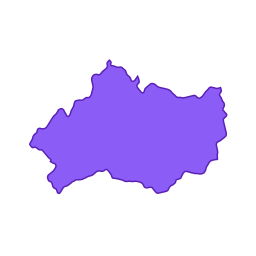 outline of Bonao, Monseñor Nouel, Dominican Republic, rotated 257°
{"feature_id": "3306468B55753848240652", "entity_name": "Bonao", "entity_type": "district", "adm_level": 2, "iso_a3": "DOM", "parent_name": "Dominican Republic", "parent_adm1": "Monseñor Nouel", "projection": "orthographic", "projection_center": [-70.443, 18.942], "detail": "fine", "context": "isolated", "style": "filled", "palette": "violet", "viewbox_px": 256, "rotation_deg": 257, "n_neighbors": 0, "source": "geoboundaries", "source_scale": "gbopen_adm2", "svg_char_len": 5798}
<svg xmlns="http://www.w3.org/2000/svg" viewBox="0 0 256 256"><g transform="rotate(257 128 128)"><path d="M89.1,76.1L89.5,77.0L89.7,77.7L89.8,78.9L89.9,81.3L90.1,82.5L90.3,83.2L92.5,87.4L92.8,88.4L92.8,89.5L92.7,90.2L92.5,90.8L91.8,92.3L91.6,93.4L91.6,94.1L91.7,94.8L92.5,96.8L92.6,97.4L92.4,97.9L92.0,98.4L90.1,99.5L88.5,100.1L87.0,100.9L86.0,101.1L83.6,101.4L83.0,101.6L82.5,102.1L82.3,102.6L81.8,104.2L81.0,106.0L80.3,107.6L79.4,109.1L78.7,110.7L77.0,112.7L76.5,113.7L76.2,114.7L75.8,117.6L75.6,118.3L74.9,119.8L74.8,120.5L74.4,123.8L74.1,124.4L72.6,127.5L71.7,128.7L70.5,129.6L69.5,130.1L67.4,130.5L66.8,130.8L66.3,131.2L65.7,132.0L65.5,132.8L65.4,133.5L65.3,136.2L65.2,136.9L64.9,137.5L64.5,138.0L62.8,138.9L60.6,139.9L59.0,140.8L58.2,141.4L57.9,142.0L57.7,143.1L57.7,144.3L57.7,150.4L57.8,151.5L58.1,152.5L58.5,153.1L59.5,153.8L60.3,154.5L61.1,155.3L61.6,155.9L62.1,156.8L62.6,159.0L62.8,159.6L64.1,161.8L64.6,162.2L66.1,162.8L66.6,163.3L66.8,164.3L67.0,167.2L67.2,167.9L67.4,168.2L67.9,168.6L69.6,169.9L71.1,171.2L72.1,172.4L72.7,173.4L72.8,174.1L72.8,174.4L72.6,175.1L71.3,177.8L70.2,179.5L69.7,180.8L68.9,182.3L68.6,182.9L68.0,185.4L67.2,187.2L67.0,187.9L66.9,188.6L66.8,189.7L66.9,190.4L67.0,191.2L67.3,191.9L67.8,192.5L68.3,193.1L69.1,193.8L69.7,194.3L71.7,195.2L72.9,196.2L76.0,199.2L76.7,200.0L77.1,200.7L77.5,201.7L77.6,203.2L77.6,205.9L77.5,207.0L77.3,208.0L78.8,208.4L81.7,208.9L83.8,209.8L84.6,210.0L86.2,210.1L91.2,210.2L92.3,210.4L93.0,210.7L93.8,211.4L94.1,211.9L94.3,212.6L94.7,214.3L94.9,215.0L95.6,216.5L96.2,217.8L97.7,220.8L98.1,221.4L98.6,221.8L99.2,222.2L100.3,222.5L101.5,222.6L112.5,222.5L113.7,222.6L114.4,222.7L115.1,222.9L115.6,223.4L117.5,226.5L118.0,226.9L118.6,227.1L119.2,227.1L119.8,227.0L120.3,226.7L121.1,226.0L122.7,225.4L123.5,224.8L124.0,224.6L124.6,224.6L125.3,224.8L125.8,225.2L127.2,226.3L127.8,226.7L128.5,227.0L129.6,227.2L130.7,227.1L131.3,226.9L133.2,226.1L136.3,225.6L137.1,225.4L138.5,224.8L139.5,224.6L140.2,224.8L140.7,225.1L141.4,225.7L142.1,226.6L142.3,226.8L142.8,227.1L143.5,227.3L144.5,227.4L146.6,227.2L146.4,225.1L146.5,224.0L146.6,223.3L146.9,222.6L147.7,221.2L148.3,219.9L149.0,218.5L149.2,217.8L149.2,217.5L149.1,216.8L148.6,215.8L147.0,213.8L146.1,212.2L145.7,211.6L144.9,210.7L143.0,208.6L142.2,207.7L141.9,207.0L141.1,205.3L140.9,204.7L140.9,204.4L141.1,203.8L141.5,203.2L142.5,202.2L144.1,201.1L144.5,200.6L144.8,200.0L144.9,199.3L144.9,198.1L144.8,191.2L144.9,188.8L145.2,187.7L146.0,185.9L146.5,183.8L146.9,182.8L147.3,182.3L147.8,181.9L149.6,180.9L152.3,178.9L154.2,178.0L155.1,177.3L156.0,176.5L156.8,175.3L157.4,174.0L158.4,172.2L158.9,170.9L159.7,169.4L160.6,167.5L161.3,166.6L162.1,165.8L163.0,165.1L164.3,164.3L164.7,163.8L165.6,162.4L165.9,161.6L166.0,160.9L166.0,160.5L165.8,159.8L165.1,158.4L164.5,157.1L163.7,155.6L162.9,154.1L162.5,153.6L161.7,152.9L160.3,152.2L159.5,151.6L159.1,151.1L158.9,150.5L159.0,149.9L159.1,149.6L159.5,149.2L161.7,148.0L163.0,147.4L164.8,146.5L165.8,146.2L166.7,146.1L167.3,146.2L168.1,146.7L168.7,147.4L169.3,148.4L169.7,148.9L170.0,149.0L170.6,149.3L171.6,149.4L173.1,149.4L174.6,149.3L176.2,149.0L173.2,145.7L172.6,144.7L172.4,144.1L172.4,143.4L172.5,142.7L172.8,142.2L173.1,142.0L173.7,141.8L175.7,141.6L176.8,141.3L177.7,140.8L179.5,139.5L180.5,139.0L181.2,138.8L183.4,138.6L184.1,138.5L184.8,138.2L185.4,137.8L188.5,135.5L188.8,135.0L189.1,134.4L189.3,132.3L189.6,131.3L190.1,130.3L191.6,128.2L191.9,127.5L192.3,126.1L192.7,125.6L193.2,125.4L193.8,125.4L195.4,126.1L196.3,126.2L197.3,125.8L198.3,125.0L197.5,124.0L196.8,122.9L196.4,122.5L196.1,122.3L195.5,122.1L193.4,121.9L192.4,121.6L191.6,121.0L190.9,120.2L190.2,118.7L189.4,117.2L188.8,115.9L188.4,115.3L187.0,113.6L186.5,112.6L186.4,112.3L186.4,111.6L186.6,110.9L187.2,109.8L187.4,109.2L187.6,108.1L187.5,107.4L187.4,106.7L187.0,106.0L186.6,105.4L185.7,104.6L185.1,104.1L184.5,103.8L183.3,103.5L182.2,103.4L177.4,103.4L176.3,103.3L175.5,103.1L173.7,102.2L172.4,101.7L171.0,100.8L169.0,99.9L167.9,99.0L166.9,97.8L166.6,97.1L166.5,96.5L166.6,95.8L167.0,94.5L167.0,93.9L165.5,90.2L165.4,89.6L165.5,89.0L166.0,87.6L166.2,86.1L166.3,83.9L166.2,83.2L166.0,82.6L165.8,82.3L165.3,81.9L163.4,80.8L161.8,80.1L161.2,79.7L157.5,76.5L156.9,76.1L155.6,75.5L154.7,74.9L153.8,74.1L153.3,73.6L152.9,73.0L152.7,72.4L152.8,71.8L153.0,71.5L153.5,71.1L155.4,70.7L157.5,69.9L159.6,69.5L160.3,69.2L161.1,68.6L161.7,67.9L161.9,67.3L161.9,67.0L161.6,65.4L161.2,64.2L159.6,62.9L158.4,61.7L157.5,60.6L156.6,58.7L155.7,57.6L153.9,55.7L148.2,50.0L147.4,49.2L146.8,48.3L146.4,47.3L146.3,46.6L146.3,45.6L146.4,44.6L146.6,43.9L146.8,43.3L147.5,42.2L147.6,41.6L147.6,40.8L147.4,40.2L147.2,40.0L146.5,39.3L145.0,38.6L144.2,38.0L143.6,37.2L143.0,35.9L142.7,35.3L142.0,34.5L141.3,33.8L140.4,33.2L138.9,32.4L138.3,32.0L137.5,31.3L135.5,29.4L134.6,28.8L134.1,28.6L133.4,28.8L131.2,29.8L130.5,30.4L130.3,30.9L130.2,31.2L130.4,32.6L130.1,33.4L129.7,33.9L129.0,34.7L127.0,36.2L126.7,36.9L126.2,38.6L125.9,39.2L125.1,39.8L121.8,41.5L120.5,42.1L118.8,43.1L117.5,43.6L116.9,44.0L115.4,45.2L114.9,45.5L114.3,45.7L114.0,45.6L113.5,45.4L112.8,44.8L110.9,46.8L110.3,47.7L109.6,48.7L109.4,48.9L108.8,49.2L108.1,49.4L107.4,49.3L106.7,49.1L106.1,48.8L105.3,48.1L103.9,46.7L103.0,45.6L102.4,44.6L101.8,43.3L101.0,41.8L100.2,40.0L99.7,39.4L99.2,39.0L98.6,38.7L97.9,38.5L96.7,38.5L96.0,38.5L95.3,38.6L94.6,38.9L94.3,39.0L93.6,39.7L92.7,40.9L92.2,41.2L91.3,41.5L88.4,41.6L87.3,41.8L86.7,42.1L86.2,42.5L85.8,42.9L85.0,43.9L84.6,44.2L83.6,44.5L81.3,44.7L80.7,44.9L80.2,45.3L79.9,45.9L79.8,46.2L79.9,46.5L80.1,47.1L80.8,47.9L83.6,50.6L84.4,51.5L85.0,52.4L85.2,53.1L85.4,55.7L85.7,56.7L86.5,58.5L87.1,59.9L87.9,61.3L88.2,62.0L88.6,64.1L89.1,65.5L89.2,66.1L89.1,66.7L88.6,68.1L88.5,68.8L88.4,69.9L88.3,72.2L88.8,73.8L89.1,76.1Z" fill="#8b5cf6" stroke="#5b21b6" stroke-width="1.5"/></g></svg>